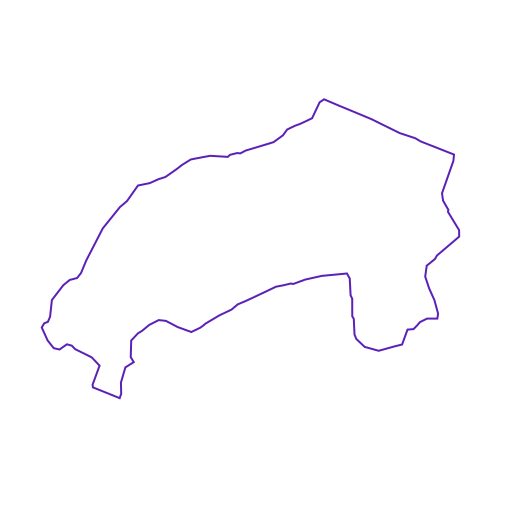 Santa Cruz Naranjo, Santa Rosa, Guatemala, rotated 282°
{"feature_id": "79465075B20602166984582", "entity_name": "Santa Cruz Naranjo", "entity_type": "district", "adm_level": 2, "iso_a3": "GTM", "parent_name": "Guatemala", "parent_adm1": "Santa Rosa", "projection": "robinson", "projection_center": [-90.385, 14.383], "detail": "fine", "context": "isolated", "style": "outline", "palette": "violet", "viewbox_px": 512, "rotation_deg": 282, "n_neighbors": 0, "source": "geoboundaries", "source_scale": "gbopen_adm2", "svg_char_len": 1536}
<svg xmlns="http://www.w3.org/2000/svg" viewBox="0 0 512 512"><g transform="rotate(282 256 256)"><path d="M396.4,428.6L402.3,393.3L404.3,387.4L406.1,371.0L413.9,340.3L420.3,305.9L423.4,290.0L419.6,286.3L402.4,282.2L394.6,272.0L391.4,266.9L386.2,260.2L379.7,257.3L371.0,249.5L357.0,224.0L353.1,219.3L352.8,216.2L349.6,209.6L347.1,207.8L344.5,190.5L342.3,185.0L336.9,172.2L329.7,164.7L324.8,160.6L314.5,151.0L312.1,146.9L311.2,145.1L305.2,136.9L300.4,125.9L282.9,118.4L275.7,112.8L251.2,100.4L216.4,90.9L203.0,88.4L197.3,85.6L195.5,82.1L193.9,78.8L187.4,73.6L170.5,65.5L153.8,67.2L148.3,66.1L146.1,62.8L141.5,61.3L130.1,69.7L123.8,77.3L123.7,83.3L127.1,86.4L130.3,89.4L130.0,94.5L127.3,98.4L122.7,116.4L116.2,125.8L96.1,122.9L93.6,123.8L88.6,152.2L93.2,152.8L104.1,150.2L119.9,151.4L126.8,158.5L131.0,154.5L147.4,151.5L155.8,156.6L159.2,160.2L166.4,165.9L173.1,174.2L173.8,181.4L170.2,194.2L168.2,208.5L174.1,216.2L176.7,218.6L179.4,220.7L190.3,232.5L198.5,243.2L204.9,248.2L210.2,255.8L223.4,273.2L230.1,281.9L232.8,288.3L236.4,296.0L236.3,298.1L243.1,308.9L250.2,324.4L257.8,348.6L253.4,352.4L237.2,356.7L234.2,359.0L217.0,362.7L214.9,364.7L199.6,368.7L195.7,371.4L189.7,381.2L188.8,395.7L196.7,410.9L199.8,417.3L215.5,419.5L217.2,425.2L219.3,426.6L221.7,428.1L225.5,430.2L230.3,436.3L232.5,446.4L237.5,446.1L249.9,439.7L260.3,432.1L271.0,425.8L282.0,425.0L290.3,431.7L294.1,432.9L317.2,450.7L323.5,449.3L339.1,434.6L341.1,434.6L349.0,427.5L356.0,424.9L390.1,429.3L396.4,428.6Z" fill="none" stroke="#5b21b6" stroke-width="2"/></g></svg>